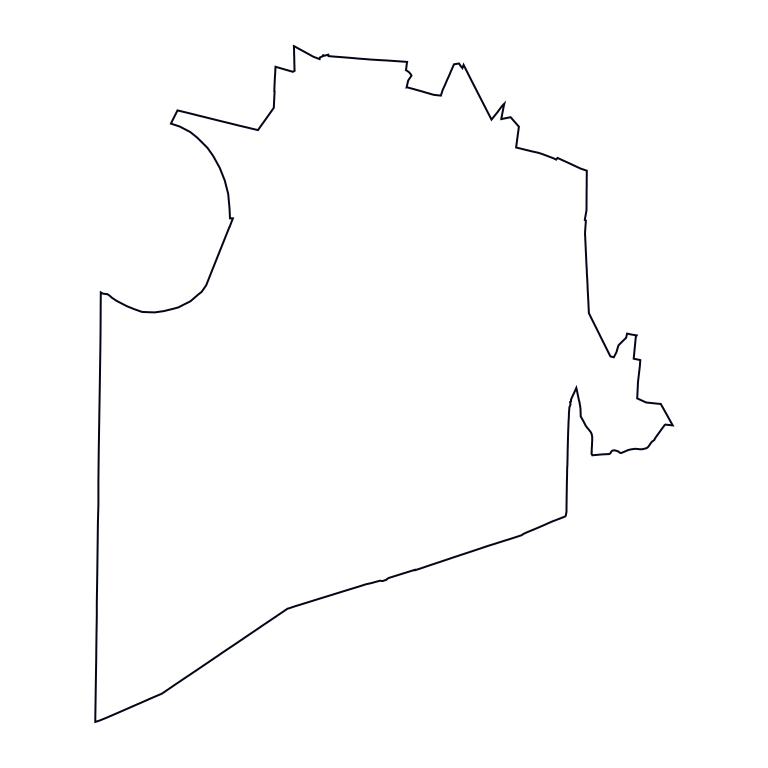 Atenco, México, Mexico
{"feature_id": "50627088B50781851998453", "entity_name": "Atenco", "entity_type": "district", "adm_level": 2, "iso_a3": "MEX", "parent_name": "Mexico", "parent_adm1": "México", "projection": "equal_earth", "projection_center": [-98.95, 19.543], "detail": "fine", "context": "isolated", "style": "outline", "palette": "ink", "viewbox_px": 768, "rotation_deg": 0, "n_neighbors": 0, "source": "geoboundaries", "source_scale": "gbopen_adm2", "svg_char_len": 5081}
<svg xmlns="http://www.w3.org/2000/svg" viewBox="0 0 768 768"><path d="M177.5,110.4L174.2,117.0L170.9,123.6L179.9,126.6L183.1,128.3L190.2,132.0L197.2,137.6L202.3,142.7L207.5,147.9L213.2,156.0L219.8,168.0L224.8,180.6L228.2,194.0L229.5,208.0L230.0,218.3L232.9,218.3L229.5,227.2L229.3,227.3L223.0,243.1L218.8,253.6L212.5,269.4L206.2,285.3L201.6,291.9L198.4,294.4L190.4,301.3L184.4,304.3L178.4,307.4L173.6,308.7L163.8,311.1L154.7,312.4L148.3,312.2L141.9,311.9L133.8,309.0L126.7,306.1L116.5,300.8L114.3,299.3L112.1,297.9L109.9,295.9L107.5,294.2L103.1,293.7L100.8,292.4L100.7,302.0L100.6,323.3L100.5,336.4L100.3,352.1L99.8,385.5L99.2,422.5L98.7,453.8L98.4,482.2L98.4,504.9L97.9,522.8L97.5,555.7L97.3,571.1L97.1,584.3L96.8,603.1L96.8,616.1L96.5,633.7L96.3,649.8L96.2,661.0L96.1,665.7L95.8,685.0L95.3,718.2L95.3,721.9L98.9,720.8L105.9,718.0L113.3,714.8L120.7,711.6L126.4,709.1L133.9,705.8L139.5,703.4L149.2,699.1L155.0,696.6L162.0,693.6L166.5,690.5L175.0,684.7L184.8,678.1L192.3,673.1L198.1,669.2L206.5,663.5L214.9,657.8L223.1,652.2L230.4,647.3L238.6,641.8L248.6,635.0L254.7,630.9L262.0,625.9L270.2,620.4L280.7,613.3L287.5,608.7L289.6,608.1L294.3,606.5L305.3,603.1L312.4,600.9L322.0,597.9L328.9,595.8L335.6,593.7L346.3,590.4L351.8,588.7L358.7,586.6L366.2,584.2L370.9,583.2L373.1,582.6L376.3,581.7L380.2,580.7L382.5,581.1L386.3,579.8L386.5,579.7L387.1,579.0L387.8,578.5L388.4,578.2L388.9,577.9L389.6,577.7L396.3,575.6L405.6,572.7L415.0,569.8L415.1,570.2L419.8,568.7L429.2,565.5L438.6,562.4L448.1,559.2L452.8,557.6L462.2,554.5L471.6,551.4L477.3,549.5L488.6,545.7L494.5,543.9L502.6,541.3L509.7,539.1L516.8,536.8L521.7,535.2L523.3,534.0L526.5,532.5L535.9,528.6L542.7,525.7L551.4,521.8L565.1,516.5L565.7,515.8L566.5,511.9L566.5,510.0L566.5,507.0L566.6,501.5L566.7,493.4L566.8,488.7L566.8,487.9L566.9,481.9L567.1,473.6L567.1,471.9L567.2,466.8L567.4,465.8L567.4,464.0L567.6,455.0L567.6,452.5L567.8,445.2L567.9,441.2L568.1,434.0L568.2,431.0L568.6,420.7L568.9,416.0L568.9,413.2L569.0,412.7L569.4,407.3L570.5,404.6L570.1,402.0L570.6,401.7L571.0,401.5L571.1,399.3L574.9,391.1L576.3,387.9L576.7,389.5L577.2,391.9L578.0,395.8L579.0,400.5L579.5,402.1L579.6,403.2L580.1,405.8L580.5,408.9L580.6,411.8L580.7,415.2L580.7,416.3L581.4,417.7L582.4,419.4L583.3,421.0L585.7,425.7L586.0,426.1L587.4,428.0L588.8,429.6L589.7,430.8L590.6,431.9L591.2,433.0L591.7,434.1L592.2,436.9L592.2,440.8L592.1,442.1L592.0,445.4L591.8,447.8L591.7,450.0L591.7,451.8L591.5,453.8L591.9,454.2L592.3,455.3L602.1,454.4L608.5,454.1L609.6,453.9L610.4,453.2L611.3,451.7L611.8,451.0L612.6,450.6L613.4,450.4L614.5,450.3L617.8,451.2L619.2,452.2L620.1,452.8L620.8,453.0L621.6,452.9L627.8,450.2L629.5,449.7L631.5,449.3L632.5,449.2L633.4,449.0L635.7,448.8L638.3,449.1L639.4,449.2L641.3,449.3L642.6,449.2L643.6,448.9L644.5,448.7L646.1,448.3L647.6,447.5L648.8,446.1L651.3,442.4L652.2,441.5L653.5,440.6L654.2,440.1L655.4,437.8L664.6,425.1L665.3,424.6L672.7,425.4L666.8,414.7L660.8,404.0L651.1,403.0L646.2,402.5L637.2,398.4L638.0,381.9L639.9,365.7L640.0,364.0L640.3,360.1L639.7,359.9L637.4,359.5L634.1,358.8L633.7,358.7L635.8,336.9L636.7,335.4L631.3,334.5L627.1,333.6L626.1,337.8L622.3,341.5L618.5,345.3L617.7,347.8L616.5,352.1L616.4,352.3L613.8,357.3L610.4,356.4L607.3,350.2L601.8,339.2L597.2,329.9L597.1,329.7L592.7,320.9L590.9,317.3L590.7,316.9L589.1,313.6L588.9,313.3L588.4,302.9L588.4,302.3L588.2,299.1L587.9,293.3L587.9,292.9L587.7,289.9L587.5,284.2L587.0,275.0L586.8,272.2L586.8,271.9L586.8,270.5L586.3,261.7L586.2,258.8L585.7,247.9L585.3,239.5L585.2,237.2L585.1,235.0L585.0,234.8L585.1,231.6L585.4,227.3L585.9,220.6L584.8,220.1L584.8,219.9L586.5,210.3L586.5,210.2L586.6,191.1L586.6,190.9L586.7,185.7L586.7,184.2L586.7,180.5L586.8,171.4L586.8,171.2L586.8,170.7L580.7,168.6L576.1,166.5L566.8,162.2L557.5,157.9L556.2,159.6L553.5,158.3L542.4,154.1L538.4,152.8L531.2,151.2L526.3,150.0L516.1,147.5L518.9,126.7L510.6,117.2L501.3,119.1L501.4,118.2L504.0,104.9L504.3,103.7L502.2,105.8L499.7,109.2L497.4,112.3L491.5,119.6L485.9,108.7L479.7,96.6L473.7,84.9L469.2,76.0L463.6,64.9L462.4,68.1L460.9,66.3L459.0,63.5L454.0,64.3L450.7,71.8L449.4,75.0L447.3,79.5L445.1,84.7L442.7,89.9L440.9,95.6L437.9,95.3L433.6,94.8L426.7,92.8L426.3,92.7L421.2,91.2L412.6,88.8L407.0,87.3L406.6,87.4L408.0,81.3L408.2,80.5L411.5,75.6L410.6,74.0L408.8,72.0L405.9,70.1L406.1,69.3L407.0,62.3L407.1,61.9L387.1,60.5L377.9,60.0L373.3,59.7L372.7,59.7L370.1,59.5L368.9,59.4L366.7,59.2L358.5,58.6L353.3,58.1L342.2,57.2L332.8,56.5L328.5,56.1L328.3,54.7L324.0,55.8L323.5,55.2L323.1,55.2L322.5,56.3L319.9,57.5L319.6,59.1L316.4,57.9L314.3,57.1L313.1,56.6L312.9,56.5L312.3,56.2L311.7,55.8L305.7,52.5L300.7,49.8L295.6,47.0L294.4,46.3L293.9,46.1L294.1,51.0L294.1,54.1L294.1,54.3L294.2,55.5L294.3,61.4L294.4,65.1L294.5,68.8L294.6,70.8L292.9,71.8L282.8,68.9L279.1,67.8L275.5,66.8L275.4,68.6L275.2,73.1L275.0,75.6L274.5,85.4L274.3,91.2L274.6,91.3L273.8,107.8L272.6,109.5L265.4,119.7L260.5,126.5L258.0,130.1L252.0,128.7L249.2,128.0L238.6,125.5L228.6,123.0L221.1,121.2L213.1,119.2L207.5,117.8L203.5,116.8L196.9,115.2L192.3,114.0L177.5,110.4Z" fill="none" stroke="#020617" stroke-width="2"/></svg>